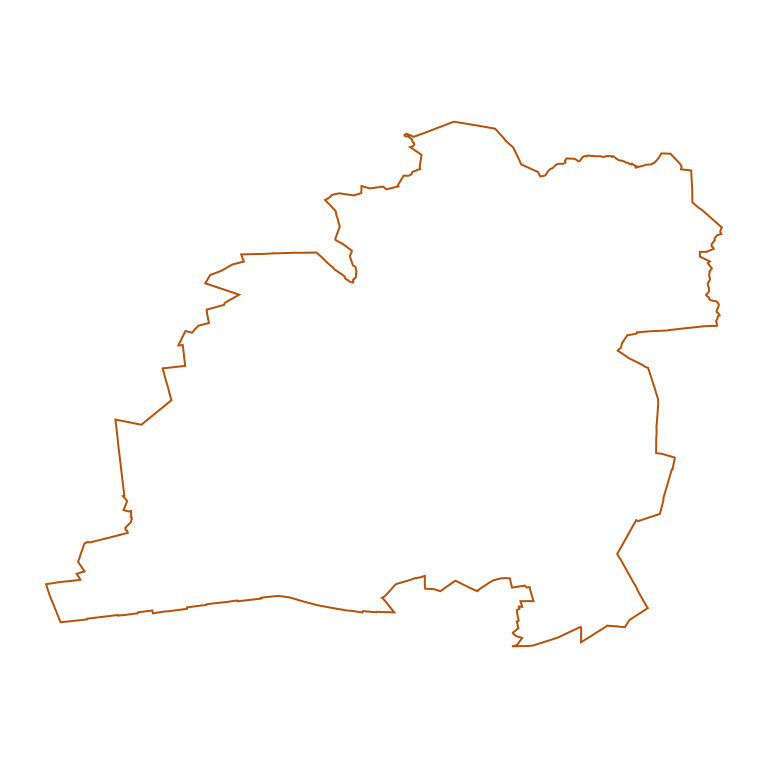 Beļavas pag., Gulbene, Latvia (Robinson projection)
{"feature_id": "27541924B57047213850381", "entity_name": "Beļavas pag.", "entity_type": "district", "adm_level": 2, "iso_a3": "LVA", "parent_name": "Latvia", "parent_adm1": "Gulbene", "projection": "robinson", "projection_center": [26.768, 57.248], "detail": "fine", "context": "isolated", "style": "outline", "palette": "amber", "viewbox_px": 768, "rotation_deg": 0, "n_neighbors": 0, "source": "geoboundaries", "source_scale": "gbopen_adm2", "svg_char_len": 6100}
<svg xmlns="http://www.w3.org/2000/svg" viewBox="0 0 768 768"><path d="M659.9,513.9L663.4,500.4L663.4,498.1L671.8,469.5L672.5,469.5L674.8,458.2L674.4,457.5L673.8,457.2L672.8,457.0L661.6,453.7L657.6,453.4L656.1,453.0L656.2,439.4L656.6,432.7L656.6,429.6L656.4,426.3L656.7,424.7L657.9,408.7L658.2,403.6L658.1,399.3L654.4,387.2L648.1,367.9L645.1,366.8L642.6,365.0L629.1,358.3L623.2,354.2L617.7,350.7L618.8,349.4L620.5,348.1L620.8,347.7L621.2,346.8L621.8,343.8L622.1,343.1L626.3,336.8L626.8,335.9L627.1,335.3L627.5,335.3L636.8,333.5L636.8,333.2L636.9,332.3L651.6,331.2L667.0,330.5L669.1,330.1L682.2,328.6L704.7,326.2L716.9,325.8L717.0,324.0L716.3,322.3L716.3,321.6L716.1,321.2L716.2,320.7L716.8,319.8L717.4,318.2L717.9,316.3L718.1,316.1L719.6,315.5L718.9,314.0L718.4,313.4L716.7,312.1L716.6,311.8L716.8,310.2L717.1,309.4L717.9,307.9L718.8,305.6L718.8,304.8L718.6,304.1L718.2,303.3L717.0,301.9L716.8,301.5L711.2,300.4L709.4,299.5L709.1,297.8L706.2,295.3L706.3,294.4L708.4,292.6L708.8,291.6L709.0,289.5L708.7,287.3L707.9,285.3L707.8,283.4L708.0,282.8L708.3,282.4L708.5,282.4L710.1,279.4L709.1,275.2L709.8,271.5L709.6,271.4L711.8,268.3L707.8,263.1L709.8,261.4L699.9,256.6L699.9,251.9L706.5,251.8L713.7,248.9L713.1,247.4L711.7,246.5L711.6,244.2L714.8,240.2L714.6,238.1L717.6,235.0L721.3,234.1L720.2,231.8L721.2,228.5L721.9,227.5L701.9,209.9L698.7,207.8L692.4,202.4L692.2,188.8L691.7,180.7L691.2,170.5L681.0,169.3L681.6,166.4L679.5,163.2L670.4,153.7L661.3,153.4L659.8,156.2L657.8,159.0L656.6,160.4L655.0,162.2L651.7,164.1L651.0,164.4L645.5,164.8L643.9,165.5L638.3,166.9L636.0,167.7L635.8,167.6L636.8,166.7L637.0,166.4L634.9,165.7L634.8,165.3L633.6,164.9L632.4,163.9L631.9,163.6L631.7,163.6L631.8,164.4L631.6,164.6L629.7,164.0L627.8,162.8L626.5,162.8L623.6,161.2L620.6,160.4L619.8,160.5L618.4,160.0L616.1,158.5L614.7,157.2L613.7,156.5L612.8,156.1L612.0,157.0L611.8,156.9L611.5,156.3L609.5,155.9L608.8,156.0L606.6,156.1L603.5,157.0L600.6,156.3L598.5,156.2L596.7,156.4L593.2,155.9L590.2,155.9L588.2,155.5L587.4,155.5L587.1,155.6L586.4,156.4L584.7,156.1L583.9,156.4L583.2,156.7L582.6,157.3L579.6,161.1L578.7,161.4L578.2,161.2L575.6,159.3L574.1,158.8L573.2,158.7L570.8,158.7L566.9,158.4L566.6,158.5L566.1,158.9L565.6,159.9L565.0,160.6L565.0,160.9L565.5,161.8L565.5,162.1L565.3,162.6L565.1,162.9L563.5,163.6L562.8,163.8L559.9,163.8L558.0,164.0L555.5,165.2L552.9,167.8L552.0,168.4L550.7,168.9L548.9,170.3L545.3,175.4L543.6,175.9L540.2,176.4L538.0,172.0L521.2,164.4L519.6,160.7L513.5,147.9L512.2,146.5L505.7,140.8L505.8,140.7L503.2,137.6L499.0,133.1L495.2,128.7L480.8,126.1L453.8,121.7L424.8,132.8L413.4,136.9L412.6,136.3L406.4,133.7L404.5,134.9L404.5,135.7L406.0,136.5L407.7,136.3L409.6,137.4L410.5,138.5L411.9,139.2L412.7,142.2L413.9,143.0L414.3,144.4L413.4,145.9L410.1,147.1L421.5,154.8L419.7,167.0L420.2,169.1L417.7,169.8L414.7,171.2L412.8,171.7L412.2,172.1L411.4,174.4L408.4,175.8L403.6,175.6L397.8,185.4L398.4,186.4L386.4,189.3L383.1,186.6L369.9,188.4L361.5,186.0L361.3,193.1L353.7,195.4L339.2,193.3L334.5,194.3L331.7,195.1L330.5,196.5L328.6,198.0L325.1,200.0L335.5,210.8L336.2,213.5L336.5,215.8L337.5,218.2L338.4,221.9L339.7,226.3L339.7,227.0L335.4,238.5L335.3,239.0L335.3,239.5L335.5,239.9L336.3,240.5L343.2,244.1L351.9,250.9L351.2,253.2L349.9,255.7L349.8,256.2L352.9,265.4L354.8,266.3L355.4,266.8L355.7,267.5L355.9,269.7L356.2,270.5L356.5,271.7L356.1,272.8L356.0,275.4L355.8,277.1L355.6,277.6L354.8,278.0L354.5,278.3L354.6,278.6L353.3,279.6L353.0,280.0L353.0,280.6L353.4,281.4L353.4,281.7L353.4,282.1L353.0,282.5L352.3,282.6L349.4,281.5L347.9,280.1L346.9,279.7L345.1,278.4L344.8,278.0L344.8,276.7L343.2,275.3L334.1,269.1L332.4,266.7L331.8,266.7L329.8,265.0L326.1,261.6L321.9,257.3L316.3,252.5L302.5,252.8L295.9,252.7L274.6,253.4L274.2,253.2L274.2,253.3L264.3,253.9L241.2,254.4L243.8,261.6L232.3,264.5L221.2,270.9L210.2,275.0L205.3,283.3L239.2,294.7L228.2,300.9L224.6,303.1L224.3,304.8L206.6,309.7L207.4,315.3L209.0,323.0L198.3,325.7L195.5,328.8L195.1,328.8L194.7,329.7L192.0,332.7L185.5,331.0L181.1,339.7L178.4,345.4L182.8,345.1L183.8,354.2L185.2,365.9L162.6,368.4L165.6,379.3L167.1,384.5L167.8,386.6L169.8,394.5L171.4,400.2L141.4,424.7L115.4,419.6L117.4,436.3L118.3,445.2L124.3,495.7L122.9,496.1L127.2,500.9L123.5,510.1L128.7,511.5L131.0,511.0L131.2,515.7L130.7,516.9L131.9,518.0L131.9,518.9L131.4,519.6L130.9,522.3L126.9,526.1L125.2,528.2L125.8,530.2L127.0,530.5L127.8,532.8L125.3,533.5L90.3,542.4L87.6,541.9L84.4,543.6L78.1,561.8L84.5,571.4L76.7,573.8L80.4,579.7L72.4,580.8L59.6,582.1L46.1,584.2L48.3,591.2L49.6,595.1L60.6,622.3L87.1,619.4L87.1,618.7L117.8,615.0L117.9,615.6L125.3,614.9L131.2,614.1L137.7,613.3L138.1,612.3L152.4,610.5L152.9,613.3L164.3,611.5L168.9,611.2L187.1,608.8L186.9,607.4L201.1,605.5L206.3,605.0L206.6,604.2L227.9,601.8L233.7,600.9L237.4,600.6L237.5,601.3L261.2,598.6L261.0,597.8L266.1,597.1L278.4,595.9L289.5,597.4L303.1,601.4L317.4,605.2L334.1,608.3L347.8,610.6L351.6,610.8L362.4,612.5L363.0,611.1L376.1,612.3L376.2,611.8L394.2,612.4L386.7,602.9L383.9,599.6L382.0,597.7L384.4,596.6L390.9,589.7L394.8,585.1L396.6,583.9L410.1,580.0L414.5,578.3L420.6,577.3L424.8,575.9L424.8,585.8L425.3,588.8L433.9,589.1L440.4,591.2L447.1,586.4L455.2,580.8L456.3,581.1L471.0,588.4L477.4,591.2L478.5,590.2L478.2,590.0L489.5,582.5L492.5,580.8L494.3,580.1L499.4,578.7L501.7,578.3L503.9,578.1L509.9,578.3L512.0,587.6L524.8,585.6L526.6,587.5L529.5,587.1L531.4,594.1L533.5,601.1L520.5,601.2L522.2,606.8L518.9,606.6L519.5,608.9L517.0,609.9L517.2,613.0L517.5,615.4L517.7,616.5L518.2,618.0L518.6,620.5L518.5,620.9L518.2,621.1L516.8,621.5L518.4,628.1L516.7,629.4L515.9,630.4L513.2,632.4L512.8,633.3L516.1,636.1L522.2,637.9L517.5,644.4L516.1,645.4L513.7,646.0L512.8,646.1L512.8,646.3L529.0,646.0L531.5,645.7L534.0,645.2L557.5,637.7L580.5,626.9L581.0,627.5L581.2,630.4L581.0,642.3L607.1,625.9L607.1,625.7L619.1,626.5L619.2,626.8L624.9,627.2L629.3,620.1L647.8,608.1L645.7,604.8L637.5,590.2L636.2,587.0L634.9,584.8L634.8,584.6L634.6,584.5L620.4,559.1L618.8,556.8L617.2,553.9L622.9,543.9L630.2,530.8L636.2,520.1L637.4,520.9L638.2,521.1L638.9,520.9L659.9,513.9Z" fill="none" stroke="#b45309" stroke-width="2"/></svg>